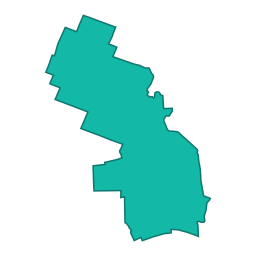 the district of Lisa, Teleorman, Romania
{"feature_id": "2599482B42083159731508", "entity_name": "Lisa", "entity_type": "district", "adm_level": 2, "iso_a3": "ROU", "parent_name": "Romania", "parent_adm1": "Teleorman", "projection": "equal_earth", "projection_center": [25.161, 43.763], "detail": "fine", "context": "isolated", "style": "filled", "palette": "teal", "viewbox_px": 256, "rotation_deg": 0, "n_neighbors": 0, "source": "geoboundaries", "source_scale": "gbopen_adm2", "svg_char_len": 5273}
<svg xmlns="http://www.w3.org/2000/svg" viewBox="0 0 256 256"><path d="M169.2,116.0L172.2,111.3L172.3,108.3L163.6,108.6L162.8,95.6L162.3,95.4L160.8,94.9L160.2,94.3L159.9,93.1L159.0,92.2L156.7,91.8L155.0,92.8L154.5,96.5L154.5,97.5L153.4,98.0L152.6,97.0L151.9,96.6L150.2,97.1L147.4,95.3L147.2,94.4L148.5,92.4L148.1,91.4L147.0,90.9L147.4,88.8L150.8,84.1L153.4,77.7L153.5,76.2L152.8,74.7L151.4,73.1L149.3,68.4L148.9,68.0L148.3,67.8L146.2,68.1L145.3,68.0L140.7,66.0L140.0,65.4L138.7,65.2L137.5,64.9L136.9,64.8L133.2,63.8L118.6,58.7L112.9,56.7L116.8,47.2L111.9,45.2L108.6,43.9L112.3,36.2L112.7,34.9L113.0,33.9L115.6,27.1L115.4,27.1L110.3,25.2L99.3,21.2L98.2,20.8L89.3,17.4L83.4,15.4L81.2,20.4L79.4,24.6L76.6,31.7L65.3,27.4L57.9,43.9L54.5,55.8L52.2,55.1L49.1,64.1L45.8,72.3L48.7,73.3L53.4,75.2L49.8,83.7L51.6,84.5L60.1,87.8L58.6,91.4L55.1,99.5L71.1,105.5L87.7,111.9L87.9,112.0L84.3,120.4L83.9,121.3L80.8,128.5L81.1,128.6L87.7,131.1L88.6,131.4L89.6,131.8L97.0,134.5L99.9,135.6L103.3,137.0L110.9,140.0L121.2,143.7L122.8,144.2L122.2,145.5L121.7,146.7L121.5,147.1L121.0,148.5L120.7,149.1L120.5,149.4L120.2,149.9L119.7,150.9L119.7,151.3L119.8,151.7L119.9,152.5L120.0,152.8L120.2,153.1L120.3,153.1L120.5,153.5L120.7,153.8L120.9,154.1L121.0,154.6L121.2,155.1L121.2,155.4L121.3,155.7L121.5,156.7L121.8,157.6L121.8,158.0L121.2,158.2L120.6,158.3L120.4,158.4L119.9,158.5L119.6,158.6L119.3,158.7L119.0,158.8L118.5,159.1L117.9,159.3L117.5,159.5L117.3,159.5L104.7,162.4L105.1,164.4L93.1,165.8L93.1,166.2L93.7,185.2L94.0,190.9L117.3,190.6L120.2,190.6L120.9,190.6L120.9,192.9L120.8,195.4L120.8,197.1L120.8,197.6L123.8,197.0L124.5,196.9L124.7,204.6L125.0,222.1L125.1,222.6L125.4,222.6L125.4,222.9L125.5,223.0L125.8,223.1L126.0,223.2L126.2,223.3L126.3,223.4L126.5,223.5L127.0,224.2L127.4,224.7L128.1,225.5L128.5,226.1L129.0,226.7L129.0,226.8L129.1,227.0L129.1,227.7L129.3,228.1L129.6,228.4L129.6,228.5L129.8,228.6L130.3,228.8L130.6,229.3L130.8,229.4L130.9,229.8L131.0,230.1L131.1,230.3L131.4,230.7L131.5,230.9L131.5,231.1L131.4,231.2L131.3,231.3L131.2,231.3L131.1,231.2L130.9,231.2L130.9,231.3L130.8,231.5L130.8,231.9L130.8,232.2L130.8,232.5L130.8,232.9L130.8,233.2L134.2,240.6L135.2,240.1L137.9,238.8L140.8,237.4L141.5,239.0L142.2,240.6L143.9,240.1L146.7,239.1L152.9,236.9L155.7,236.1L159.6,235.0L163.9,233.7L171.2,232.9L171.1,229.3L178.3,229.9L187.0,232.2L194.4,234.8L198.4,236.4L198.0,227.2L197.9,226.6L198.0,226.4L198.0,226.2L197.9,225.9L197.9,225.6L197.8,225.4L197.8,225.2L197.8,224.9L197.7,224.7L197.7,224.4L197.7,224.1L197.5,223.5L197.3,223.5L197.2,222.8L197.2,222.5L197.1,222.0L197.1,221.8L197.1,221.7L197.4,221.6L197.8,221.6L198.2,221.5L198.6,221.5L199.1,221.4L199.3,221.4L199.6,221.4L199.7,221.5L199.8,221.6L199.9,221.8L200.0,221.8L200.3,221.9L200.5,221.9L200.8,222.0L201.0,222.1L201.4,222.2L201.9,222.3L202.5,222.3L203.0,222.3L203.3,222.3L203.5,222.3L203.7,222.2L203.9,222.2L204.1,222.0L204.2,221.8L204.4,221.6L204.5,221.4L204.6,221.2L204.7,220.9L204.8,220.8L204.8,220.7L204.8,220.4L204.7,220.1L204.6,219.7L204.5,219.2L204.5,218.8L204.4,218.4L204.3,218.0L204.3,217.6L204.2,217.1L204.2,216.6L204.2,216.2L204.3,215.9L204.4,215.5L204.5,215.2L204.7,214.7L204.8,214.1L205.0,213.6L205.1,213.3L205.2,213.0L205.4,212.5L205.6,211.7L205.8,211.1L205.8,210.9L205.9,210.6L206.1,210.1L206.1,209.8L206.1,209.4L206.2,208.5L206.3,207.6L206.5,206.5L206.6,205.3L206.7,204.7L206.8,203.9L206.9,203.3L206.9,203.0L207.0,202.8L207.1,202.6L207.4,202.3L208.0,201.7L208.6,201.1L209.1,200.5L209.3,200.3L209.5,200.0L209.7,199.7L209.8,199.2L210.0,198.8L210.1,198.5L210.2,198.4L210.1,198.2L209.9,198.1L209.6,198.0L209.3,197.9L208.9,197.8L208.4,197.6L207.3,197.2L206.3,196.9L205.8,196.7L204.9,196.3L204.5,196.2L203.7,195.8L203.6,195.5L203.5,195.3L203.4,194.8L203.1,193.1L202.9,191.6L202.7,190.7L202.5,189.6L202.2,187.9L202.1,187.0L201.8,185.8L201.7,185.1L201.5,184.1L201.4,183.4L201.2,182.7L201.1,181.6L200.9,180.4L200.8,179.4L200.8,178.6L200.8,178.2L200.7,177.4L200.7,176.0L200.6,174.2L200.5,173.1L200.5,172.3L200.4,171.6L200.4,170.7L200.3,170.0L200.3,169.6L200.1,168.4L199.9,167.3L199.7,166.0L199.6,165.5L199.6,165.2L199.3,164.2L199.2,163.7L199.1,163.1L198.9,161.8L198.7,160.5L198.5,158.4L198.4,157.1L198.3,156.3L198.3,156.1L198.2,154.8L198.0,154.4L197.5,153.7L197.3,153.3L197.2,153.1L197.1,152.9L197.2,152.5L197.3,152.2L197.4,151.8L197.5,151.4L197.6,151.2L197.6,150.9L197.6,150.6L197.4,150.1L197.2,149.6L197.0,149.3L196.7,149.0L196.2,148.5L195.3,147.7L194.6,147.1L194.2,146.7L193.8,146.3L193.1,145.6L191.1,143.9L189.2,142.1L186.1,139.3L185.3,138.6L182.8,136.4L181.5,135.2L180.3,134.1L180.1,133.9L180.0,133.7L179.9,133.6L179.6,133.3L179.3,133.0L179.0,132.8L178.8,132.6L178.6,132.5L178.4,132.3L178.1,132.1L177.8,132.0L177.3,131.8L176.8,131.7L176.5,131.6L176.0,131.5L175.8,131.5L175.2,131.4L174.7,131.4L173.6,131.3L172.1,131.2L171.0,131.1L169.9,131.0L169.5,131.0L169.1,130.9L168.8,130.8L168.5,130.6L168.2,130.4L167.9,130.2L167.7,129.9L167.6,129.7L167.4,129.4L167.2,129.1L167.1,128.6L166.7,127.8L166.3,126.8L166.0,126.0L165.6,125.3L164.6,122.6L164.3,122.0L164.0,121.1L163.9,120.9L163.8,120.4L163.8,120.0L163.8,119.6L163.9,119.3L164.0,119.0L164.1,118.8L164.2,118.5L164.4,118.2L164.6,118.0L164.9,117.6L165.3,117.1L165.5,116.7L165.9,116.2L166.1,116.0L169.2,116.0Z" fill="#14b8a6" stroke="#0f766e" stroke-width="1.5"/></svg>